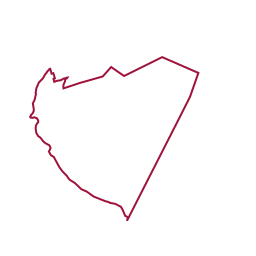 Lae District, Morobe, Papua New Guinea (Natural Earth projection), rotated 67°
{"feature_id": "67681753B22982473942373", "entity_name": "Lae District", "entity_type": "district", "adm_level": 2, "iso_a3": "PNG", "parent_name": "Papua New Guinea", "parent_adm1": "Morobe", "projection": "natural_earth1", "projection_center": [146.975, -6.676], "detail": "fine", "context": "isolated", "style": "outline", "palette": "rose", "viewbox_px": 256, "rotation_deg": 67, "n_neighbors": 0, "source": "geoboundaries", "source_scale": "gbopen_adm2", "svg_char_len": 1635}
<svg xmlns="http://www.w3.org/2000/svg" viewBox="0 0 256 256"><g transform="rotate(67 128 128)"><path d="M46.3,183.4L49.0,186.8L51.3,192.3L55.6,196.8L59.8,199.4L60.7,199.4L65.6,203.0L68.2,206.0L74.0,207.4L75.6,208.2L77.2,210.0L78.2,212.2L79.5,213.7L80.2,213.7L81.4,211.8L81.4,210.3L83.4,208.1L85.9,207.7L87.6,208.4L88.5,210.3L90.2,212.1L92.4,213.2L96.6,214.3L100.2,213.9L102.7,212.4L107.2,211.2L109.5,210.1L113.3,207.1L116.2,207.1L118.8,210.0L123.0,209.6L125.6,207.6L126.9,207.5L130.0,207.2L137.2,206.5L142.3,205.3L148.1,203.0L150.7,202.6L152.9,201.9L157.7,198.5L166.2,194.8L170.3,190.9L177.7,186.4L186.3,177.7L188.9,174.4L189.8,174.0L192.7,169.5L197.8,165.3L201.4,164.9L207.8,164.9L209.4,163.4L210.7,163.4L213.0,165.2L140.4,78.7L123.5,58.7L104.8,41.7L76.1,68.9L78.6,111.3L65.3,119.7L68.2,125.8L68.9,127.3L70.7,131.1L68.3,150.2L67.7,154.8L67.4,158.9L67.1,162.6L66.3,171.9L64.2,171.2L62.7,170.2L62.0,169.4L60.5,167.8L60.2,167.6L58.9,166.9L58.5,166.2L58.4,164.7L57.9,164.0L57.7,164.7L57.9,165.7L57.9,166.1L57.5,167.0L57.5,167.6L57.4,168.1L57.4,168.5L57.4,168.9L57.5,169.4L57.6,169.6L57.7,170.1L57.7,170.5L57.7,171.3L57.7,171.6L57.6,171.8L57.5,172.0L57.5,172.5L57.4,172.9L57.2,173.3L57.0,173.9L56.8,175.4L56.7,175.7L56.7,176.2L56.7,177.0L56.7,177.7L56.7,177.8L53.6,177.4L53.7,175.9L48.7,175.3L48.4,175.3L48.2,177.1L43.1,176.5L43.0,177.2L43.2,177.4L43.3,177.5L43.5,177.8L43.5,178.0L43.8,178.5L43.9,178.8L44.0,179.2L44.0,179.4L44.1,179.6L44.2,179.8L44.3,180.0L44.6,180.5L44.8,180.7L44.9,180.8L45.0,181.1L45.2,181.3L45.3,181.4L45.4,181.5L45.5,181.7L45.6,181.9L45.7,182.1L46.3,183.4Z" fill="none" stroke="#9f1239" stroke-width="2"/></g></svg>